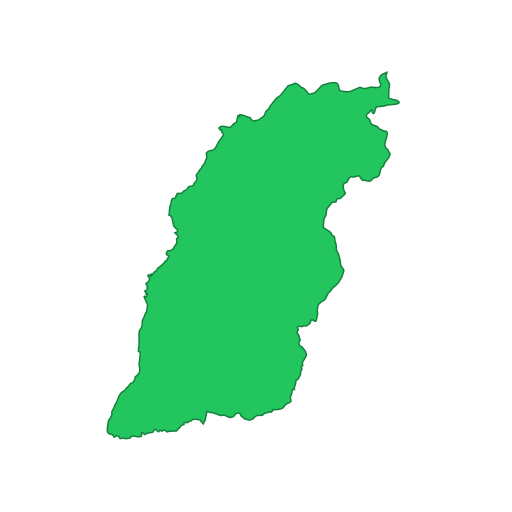 map outline of Shanxi (Equal Earth projection), rotated 12°
{"feature_id": "CHN-1805", "entity_name": "Shanxi", "entity_type": "Province", "adm_level": 1, "iso_a3": "CHN", "parent_name": "China", "parent_adm1": "", "projection": "equal_earth", "projection_center": [112.547, 37.663], "detail": "fine", "context": "isolated", "style": "filled", "palette": "green", "viewbox_px": 512, "rotation_deg": 12, "n_neighbors": 0, "source": "natural_earth", "source_scale": "10m", "svg_char_len": 6090}
<svg xmlns="http://www.w3.org/2000/svg" viewBox="0 0 512 512"><g transform="rotate(12 256 256)"><path d="M345.9,49.1L345.7,53.0L346.0,54.2L348.2,57.0L349.7,58.4L350.6,59.8L351.1,61.2L351.3,65.5L352.7,73.0L353.1,73.7L353.7,74.1L357.7,74.5L360.8,74.3L363.6,75.3L364.0,75.9L364.0,76.5L363.1,77.4L361.0,78.5L352.9,81.1L350.1,82.7L343.4,84.9L342.7,85.7L342.2,87.4L342.0,90.9L341.5,92.2L340.5,92.0L339.8,91.2L339.2,89.5L338.3,89.2L336.7,92.3L335.2,93.9L334.8,94.9L334.7,96.0L335.3,96.9L339.0,99.2L340.5,102.0L341.5,102.9L342.9,103.4L347.9,104.2L350.3,106.1L355.1,107.1L357.3,106.9L358.1,107.3L358.8,108.4L359.0,109.4L359.0,114.4L358.6,117.9L358.9,120.5L360.4,123.5L361.8,123.9L362.7,124.5L363.8,126.0L364.7,126.7L365.7,128.0L366.0,128.9L365.4,132.1L362.4,138.2L362.0,141.7L360.4,143.6L359.9,144.9L359.9,149.2L359.4,151.9L358.0,153.7L354.9,155.1L352.5,158.7L350.6,159.5L347.0,159.3L344.8,159.8L343.4,159.2L340.5,156.3L340.0,156.2L338.2,156.9L335.3,158.5L332.6,158.6L331.5,159.4L330.6,161.4L329.7,164.5L329.3,165.1L327.2,166.6L326.6,168.7L327.3,171.4L328.6,173.9L330.3,175.9L330.2,176.8L326.4,182.2L323.4,183.2L323.1,184.0L323.0,186.3L322.4,186.8L320.4,187.2L319.3,187.8L315.6,195.0L315.5,196.2L316.0,201.5L315.2,204.2L314.8,206.3L315.9,214.1L316.9,214.6L322.9,216.7L324.5,217.9L326.4,220.1L328.7,220.7L330.1,224.8L332.0,228.2L333.3,232.9L333.9,234.3L335.7,236.1L338.8,241.7L340.9,247.7L344.7,251.2L345.0,253.1L344.3,258.9L342.3,264.7L340.6,267.6L337.2,272.1L336.2,274.7L334.5,277.2L333.9,278.3L333.4,281.5L332.5,284.2L329.6,287.2L327.9,289.3L327.2,290.5L326.9,293.1L327.0,294.8L327.3,296.7L328.3,299.4L328.3,300.4L328.4,305.7L328.2,307.2L327.0,307.6L324.5,306.7L323.5,306.9L323.2,307.6L322.8,310.4L322.3,311.3L319.9,313.9L317.2,314.4L316.1,315.3L314.7,315.7L312.5,315.9L311.5,316.5L311.2,317.2L312.8,319.3L312.0,321.6L312.1,322.6L314.7,325.1L315.6,327.4L316.8,328.8L316.1,331.0L316.0,332.0L316.2,333.2L317.3,334.5L319.7,335.4L321.1,336.3L324.3,339.2L325.8,342.0L325.8,343.4L323.4,351.0L324.5,352.9L324.3,353.7L323.5,354.4L323.3,355.1L324.5,357.2L323.7,359.9L324.2,362.3L324.1,363.1L322.9,367.4L322.6,368.0L321.3,369.0L321.0,369.7L321.3,373.1L320.8,375.9L321.4,378.5L319.5,379.2L319.3,380.6L319.6,382.5L319.0,387.8L320.2,389.9L320.3,391.0L319.6,392.1L317.0,394.0L315.5,395.8L314.1,398.7L313.0,399.8L311.1,400.9L305.9,402.7L304.4,402.6L304.2,404.4L303.4,405.5L302.4,405.8L301.2,405.6L300.0,406.8L297.6,407.8L296.5,408.7L295.6,410.2L295.2,410.5L290.0,411.9L288.3,413.5L287.1,415.8L283.9,417.9L279.0,417.8L274.7,415.6L273.0,413.5L272.1,413.0L270.5,413.6L268.8,414.7L267.4,417.8L264.5,419.3L262.6,419.3L258.0,418.2L254.6,419.4L245.4,418.2L243.7,418.7L241.4,418.1L240.3,418.3L240.4,426.9L239.3,431.2L235.1,427.9L232.9,428.2L232.0,427.8L231.2,428.2L228.5,428.7L226.8,430.8L225.1,431.5L223.9,433.1L220.9,433.8L220.2,434.5L220.6,435.8L218.2,437.2L216.7,440.5L215.7,441.4L215.0,443.3L214.4,443.7L207.3,445.6L205.4,446.6L203.2,445.2L202.0,445.5L200.2,447.0L198.8,446.2L198.2,446.4L197.5,448.0L197.0,448.2L193.7,446.6L192.7,446.8L191.9,449.5L191.1,450.2L186.8,451.7L184.9,453.4L184.1,453.8L182.0,452.5L180.8,452.7L181.5,455.9L179.4,457.3L173.3,457.6L172.1,458.1L171.2,458.9L170.9,460.0L170.3,460.4L167.1,461.7L163.9,461.8L161.1,462.9L159.1,460.9L157.4,460.8L156.3,461.2L155.5,462.4L154.9,462.6L154.3,462.3L153.1,460.7L149.0,460.4L147.6,459.2L146.7,457.5L146.2,453.6L146.0,448.0L146.3,446.4L147.4,444.6L147.9,442.5L147.8,440.3L147.3,438.1L147.7,437.1L148.6,433.7L149.0,430.9L150.0,428.1L151.3,420.8L152.5,418.0L153.3,416.9L156.0,414.2L157.1,411.4L157.8,410.9L159.8,406.7L161.2,405.9L162.4,404.4L163.3,400.8L162.9,399.6L165.3,396.4L166.2,393.5L165.8,390.7L164.0,385.7L163.3,376.3L162.4,374.0L160.8,373.8L160.3,370.6L160.2,367.5L157.7,356.4L157.6,353.4L157.9,352.0L158.9,349.5L159.1,348.1L158.4,343.8L158.4,342.3L159.3,338.5L159.7,335.6L160.4,333.2L160.5,330.4L160.1,326.9L159.8,325.8L155.1,319.3L155.2,318.6L156.7,319.0L157.2,318.3L157.7,316.8L157.6,315.7L156.5,316.3L156.3,314.9L156.5,314.9L155.5,314.4L154.5,313.5L154.6,313.1L155.5,313.0L156.4,311.4L156.6,310.7L155.9,309.3L156.3,308.4L154.5,306.5L154.1,305.6L155.5,304.5L156.4,302.5L156.7,300.5L156.1,299.6L155.0,298.6L154.4,297.8L154.4,297.1L155.2,296.8L157.2,297.6L158.1,296.8L156.7,296.4L156.7,295.9L158.9,294.8L159.9,292.7L161.4,291.4L162.4,288.5L162.9,287.8L164.5,286.2L167.9,281.3L168.4,279.7L169.5,279.2L169.7,278.7L169.8,277.4L170.7,275.2L170.7,274.2L168.6,273.4L167.9,272.7L167.8,271.5L168.1,270.0L169.0,269.0L171.2,268.6L173.3,266.6L175.0,261.7L175.9,260.4L175.4,257.5L174.8,256.2L174.9,255.3L176.3,253.9L175.5,252.5L171.8,250.2L173.8,248.9L174.2,248.0L173.7,246.7L170.3,244.6L169.2,243.5L166.0,236.4L165.4,235.6L163.8,234.3L162.2,234.0L162.2,230.9L161.9,230.2L161.5,224.9L162.1,221.2L161.6,219.8L162.2,217.4L162.5,217.1L164.0,216.8L165.1,215.7L165.7,211.7L166.3,211.1L167.0,210.8L169.2,210.5L170.4,209.7L172.1,207.2L174.2,205.7L175.7,202.4L176.6,201.5L178.7,201.1L179.7,200.3L180.6,197.4L181.9,195.1L182.2,192.1L180.9,190.3L180.7,189.4L182.4,185.5L183.0,183.6L184.4,181.5L184.7,179.4L186.3,176.4L187.0,171.8L187.5,170.6L187.5,169.7L186.0,165.9L187.1,163.9L188.5,162.9L191.9,161.3L193.4,159.7L194.2,157.5L195.5,152.7L199.0,144.4L198.9,143.5L196.9,142.2L196.4,140.5L196.0,139.9L195.2,140.4L193.1,138.6L194.4,136.9L195.9,136.1L197.6,135.8L201.9,135.9L203.6,135.6L204.9,134.6L206.4,131.7L208.8,129.5L209.1,128.6L209.1,122.7L210.5,123.2L211.0,123.0L210.3,122.0L210.5,121.3L212.4,120.9L221.7,122.0L223.3,123.7L225.5,124.5L230.3,122.4L234.3,118.0L235.0,116.2L235.7,112.3L237.7,109.6L239.3,105.2L243.1,97.5L246.4,94.0L249.1,88.7L249.8,87.0L252.1,82.8L255.8,80.7L258.1,78.9L260.9,79.2L264.9,81.5L268.0,82.2L272.0,84.9L273.3,86.4L274.0,86.6L274.9,86.5L279.0,84.6L280.4,83.0L284.5,76.3L285.8,74.8L292.6,71.3L297.4,69.9L299.2,70.2L300.4,71.1L301.0,71.9L302.5,75.3L303.4,76.3L304.5,76.8L305.9,76.9L310.2,76.5L312.7,76.0L314.2,75.3L322.1,69.7L323.2,69.5L326.6,69.8L328.1,69.5L333.1,67.0L340.5,65.8L341.7,65.1L342.4,63.8L342.4,62.4L339.9,58.4L339.6,57.0L339.7,55.6L340.1,54.3L341.4,52.3L345.9,49.1Z" fill="#22c55e" stroke="#15803d" stroke-width="1.5"/></g></svg>